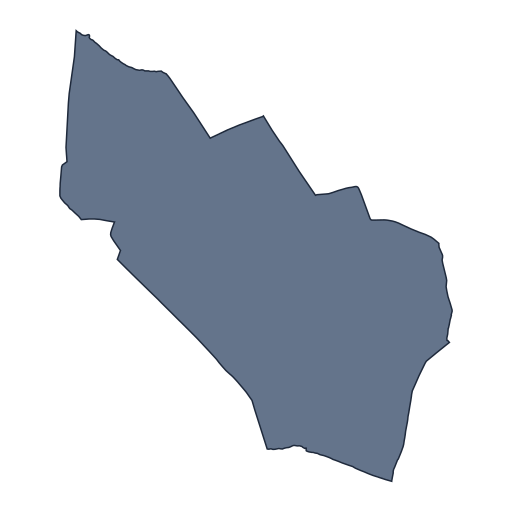 Tepetitla de Lardizábal, Puebla, Mexico
{"feature_id": "50627088B59420267366292", "entity_name": "Tepetitla de Lardizábal", "entity_type": "district", "adm_level": 2, "iso_a3": "MEX", "parent_name": "Mexico", "parent_adm1": "Puebla", "projection": "albers", "projection_center": [-98.379, 19.283], "detail": "fine", "context": "isolated", "style": "filled", "palette": "slate", "viewbox_px": 512, "rotation_deg": 0, "n_neighbors": 0, "source": "geoboundaries", "source_scale": "gbopen_adm2", "svg_char_len": 3838}
<svg xmlns="http://www.w3.org/2000/svg" viewBox="0 0 512 512"><path d="M267.2,449.0L268.8,449.2L270.9,448.8L272.9,449.4L274.9,449.3L278.9,448.5L280.4,448.8L282.4,449.0L284.4,448.2L286.5,447.7L288.6,447.5L290.3,446.9L292.9,445.6L294.3,445.4L297.2,445.9L299.6,445.8L300.9,446.2L301.8,446.4L302.8,447.3L304.7,448.4L305.4,448.2L306.1,448.1L306.2,448.4L306.2,449.2L306.1,450.0L306.3,450.8L307.2,451.3L309.3,452.0L309.8,452.0L311.8,452.4L313.2,452.4L315.0,453.0L317.5,453.4L319.6,454.5L320.9,454.9L321.8,455.1L323.6,455.5L325.4,456.1L329.4,457.6L331.3,458.5L332.9,459.4L335.0,460.1L338.5,461.4L342.1,462.9L348.9,465.3L352.9,466.6L353.1,466.8L355.4,468.2L360.7,470.5L364.1,471.8L368.0,473.5L372.6,475.3L385.7,479.6L391.7,481.3L391.7,481.0L392.5,476.6L393.2,473.0L393.2,471.2L393.7,469.2L394.6,467.3L396.1,463.5L397.5,460.0L397.6,459.8L398.3,459.0L401.4,451.4L402.9,447.1L403.0,447.0L403.2,446.2L403.7,444.2L404.2,440.7L404.8,437.5L404.8,437.2L404.9,436.7L405.2,434.8L405.6,431.4L406.6,426.0L407.3,422.4L407.7,419.9L408.0,416.6L408.8,412.5L409.8,406.2L410.8,400.5L411.5,395.7L411.5,395.1L412.3,390.9L413.2,388.9L415.9,382.8L419.0,375.7L425.1,363.2L426.3,361.2L436.1,353.1L449.4,342.4L447.8,340.6L447.1,340.5L447.0,340.4L446.8,338.2L447.7,334.1L448.2,328.4L448.5,328.0L449.3,324.3L450.2,319.5L450.7,318.0L451.4,315.2L451.2,314.7L452.1,311.5L452.1,310.0L450.2,303.4L449.4,301.0L448.0,296.7L446.8,290.9L446.1,286.7L446.7,280.5L446.2,277.6L442.7,263.3L442.1,260.0L442.6,257.3L442.6,255.6L442.2,254.3L441.5,252.8L439.8,248.9L439.1,247.4L438.8,244.1L438.9,243.4L434.1,239.3L431.2,237.2L425.2,234.4L419.0,232.2L411.2,229.0L403.2,225.3L398.6,223.1L395.1,221.8L392.6,221.1L387.7,220.2L385.9,220.0L384.1,219.9L378.8,220.0L375.6,220.1L373.1,220.1L371.8,220.1L370.9,219.7L370.1,218.7L361.4,194.8L359.5,190.3L358.6,188.3L357.9,187.3L357.0,186.7L356.1,186.5L354.9,186.6L351.7,187.3L349.2,187.6L345.9,188.3L343.0,189.2L338.4,190.5L333.0,192.4L328.8,193.7L327.1,193.9L316.9,194.7L315.5,195.3L299.3,171.6L282.9,145.7L281.4,143.7L279.5,141.3L277.9,138.9L272.0,130.1L263.9,116.8L263.4,115.9L262.4,116.7L261.3,117.0L255.3,119.1L239.6,124.9L228.0,129.7L210.7,137.9L210.2,138.2L193.8,112.9L182.7,97.4L177.8,90.1L173.0,83.0L169.9,78.4L167.9,75.8L166.3,74.0L166.3,73.9L166.0,73.8L162.8,72.3L161.3,71.1L158.2,71.3L157.5,71.4L156.2,71.7L154.4,71.2L152.7,71.4L150.1,71.4L148.6,70.9L144.8,70.9L143.6,70.2L142.5,69.9L141.3,69.9L139.6,70.3L135.8,69.6L133.7,68.6L132.3,67.8L131.0,67.3L130.3,67.2L128.6,66.7L127.2,66.0L126.0,65.4L124.9,64.5L123.4,63.8L120.9,62.1L119.6,61.0L118.7,59.8L117.2,59.7L115.2,58.4L114.2,57.5L113.0,56.4L111.4,55.6L110.1,54.9L108.6,53.7L107.8,52.8L106.4,51.5L105.3,50.8L103.7,50.1L101.1,47.9L99.2,45.8L96.4,43.3L95.3,42.6L94.5,41.9L93.5,40.8L92.6,40.0L91.2,39.6L89.7,38.4L89.2,37.4L89.5,36.5L89.5,35.7L89.3,35.0L88.3,34.6L86.9,35.1L85.3,35.6L83.3,35.3L82.5,35.0L81.7,34.7L80.1,33.2L78.8,32.6L77.4,31.8L76.2,30.7L74.4,56.8L69.2,93.5L68.4,103.0L66.0,147.4L66.5,154.9L66.6,156.0L67.0,161.7L62.4,165.0L61.6,166.9L60.9,175.6L60.2,183.3L60.1,187.2L60.0,187.6L59.9,190.9L59.9,193.7L59.9,195.9L61.0,198.4L64.6,202.8L67.7,205.5L69.7,208.5L72.0,210.1L74.7,212.7L74.9,212.9L78.7,216.3L80.2,218.2L81.3,219.6L89.0,219.0L94.5,219.0L99.9,219.4L106.1,220.6L114.3,222.0L114.5,222.0L112.2,228.1L110.8,232.5L110.6,234.6L111.1,236.5L113.7,240.8L120.2,250.1L120.5,250.4L117.5,258.9L117.3,259.4L126.5,268.6L132.8,274.8L137.6,279.5L148.5,290.1L152.2,293.7L158.1,299.4L161.9,303.3L170.2,311.5L171.1,312.4L178.5,319.8L184.2,325.4L186.9,328.1L196.0,337.2L198.4,339.7L204.0,345.7L207.9,349.9L208.2,350.2L215.1,357.7L216.7,359.5L219.1,362.7L222.6,366.8L225.9,370.5L228.2,372.6L230.3,374.5L231.2,375.2L233.3,377.2L237.6,381.9L239.7,384.4L244.7,390.3L246.4,392.4L249.6,397.0L252.0,400.4L254.5,408.9L254.7,409.6L267.2,449.0Z" fill="#64748b" stroke="#1e293b" stroke-width="1.5"/></svg>